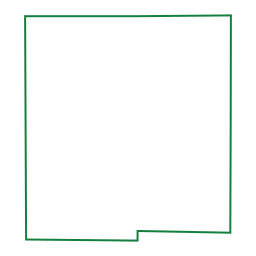 Gladwin, Michigan, United States of America
{"feature_id": "52423323B35263556044157", "entity_name": "Gladwin", "entity_type": "district", "adm_level": 2, "iso_a3": "USA", "parent_name": "United States of America", "parent_adm1": "Michigan", "projection": "mercator", "projection_center": [-84.354, 43.988], "detail": "fine", "context": "isolated", "style": "outline", "palette": "green", "viewbox_px": 256, "rotation_deg": 0, "n_neighbors": 0, "source": "geoboundaries", "source_scale": "gbopen_adm2", "svg_char_len": 229}
<svg xmlns="http://www.w3.org/2000/svg" viewBox="0 0 256 256"><path d="M136.9,16.2L25.1,16.2L26.1,239.5L137.5,240.6L137.6,231.0L230.3,232.7L230.7,122.2L230.9,15.4L136.9,16.2Z" fill="none" stroke="#15803d" stroke-width="2"/></svg>